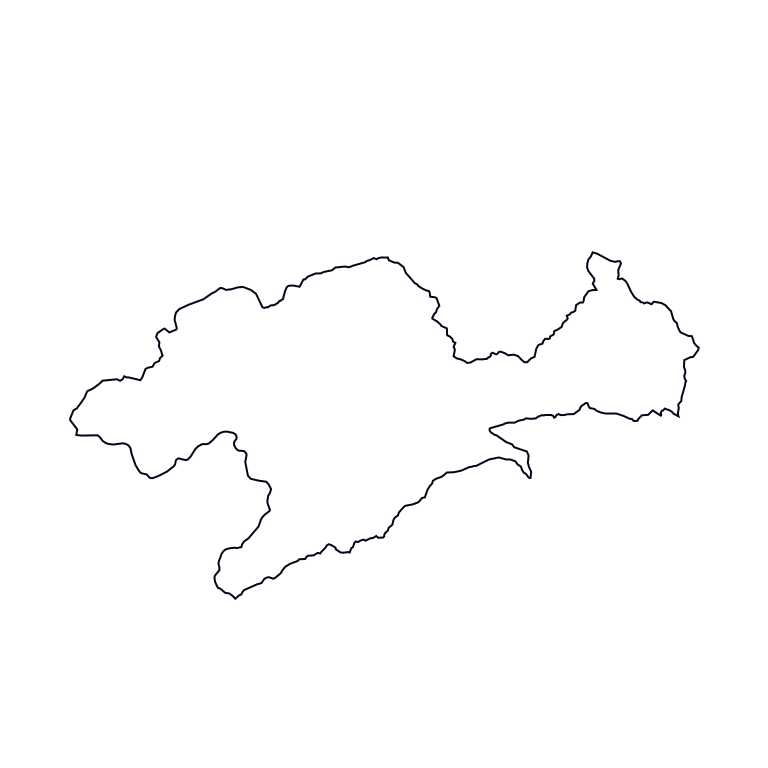 Sephu, Wangdi Phodrang, Bhutan (Mercator projection), rotated 244°
{"feature_id": "84629894B46369829894621", "entity_name": "Sephu", "entity_type": "district", "adm_level": 2, "iso_a3": "BTN", "parent_name": "Bhutan", "parent_adm1": "Wangdi Phodrang", "projection": "mercator", "projection_center": [90.34, 27.763], "detail": "fine", "context": "isolated", "style": "outline", "palette": "ink", "viewbox_px": 768, "rotation_deg": 244, "n_neighbors": 0, "source": "geoboundaries", "source_scale": "gbopen_adm2", "svg_char_len": 6158}
<svg xmlns="http://www.w3.org/2000/svg" viewBox="0 0 768 768"><g transform="rotate(244 384 384)"><path d="M489.1,86.1L477.6,88.4L473.1,85.1L470.3,89.4L463.5,104.0L461.0,105.3L456.1,106.2L453.0,108.0L450.7,110.3L448.3,114.1L445.2,123.2L443.5,125.5L440.9,127.4L437.3,128.0L432.3,126.6L420.1,125.1L412.8,125.8L411.3,126.1L409.7,127.3L406.7,131.1L402.8,132.2L401.7,133.1L400.8,134.8L400.2,140.8L400.4,150.5L402.3,159.3L403.4,161.1L406.3,163.2L407.1,164.5L407.3,166.6L403.1,171.7L402.3,173.0L402.2,174.8L403.6,178.5L408.2,185.8L409.4,189.3L409.7,194.1L407.7,198.2L407.3,200.4L408.7,205.7L411.3,212.1L411.8,215.3L411.4,218.8L410.2,221.7L406.4,226.8L403.6,228.6L400.6,228.2L399.3,227.1L397.7,224.1L396.5,223.2L395.1,222.6L391.6,222.5L388.7,223.5L387.7,224.4L385.1,228.8L382.0,229.8L380.4,229.3L374.7,225.1L361.3,221.5L357.3,222.6L352.2,228.8L347.8,235.3L344.5,236.3L339.0,236.4L336.1,233.7L334.4,231.0L329.8,227.8L328.1,227.1L320.8,226.3L319.9,225.1L318.9,219.7L317.6,216.3L316.3,214.2L310.9,208.8L304.7,194.5L303.8,189.2L302.0,186.1L299.9,184.3L301.2,179.4L302.3,178.1L304.1,173.0L304.7,169.3L304.4,167.1L302.8,163.9L296.9,157.7L295.0,156.4L291.4,155.7L288.8,154.4L286.1,148.4L284.5,146.8L280.5,145.5L276.2,145.3L273.5,145.4L271.8,147.2L265.9,149.7L263.6,153.1L259.4,155.3L256.2,156.2L257.6,161.4L257.4,163.4L259.3,166.0L260.1,168.0L259.6,182.2L258.8,186.5L261.4,191.3L261.4,193.9L260.7,196.0L257.5,199.1L257.5,201.3L259.2,208.3L260.8,210.5L263.0,215.1L263.6,220.4L262.8,228.8L263.6,231.1L261.3,236.4L262.7,238.8L263.0,240.3L260.8,245.7L261.3,250.3L259.6,252.4L260.5,253.8L262.7,259.9L263.9,261.7L264.2,264.1L262.2,266.1L258.1,268.7L256.5,268.2L251.8,271.0L250.3,273.2L248.6,278.2L247.6,279.3L250.8,282.6L251.0,284.6L254.1,287.6L254.9,289.5L253.4,291.3L253.5,295.6L253.0,297.6L251.3,298.6L251.3,303.9L250.4,307.0L250.8,310.4L248.3,311.4L246.4,316.0L247.0,317.4L248.2,318.0L249.5,319.7L250.6,323.2L252.7,325.2L253.8,329.7L257.9,333.2L259.3,335.5L259.7,338.8L262.0,341.1L264.8,347.7L265.2,349.8L263.3,356.6L262.7,362.1L262.9,363.8L264.9,368.3L264.2,371.0L270.1,377.0L272.3,380.7L273.3,383.4L275.6,385.6L276.0,389.2L275.4,394.6L275.7,397.4L276.9,401.6L274.0,408.3L272.3,415.3L271.9,424.6L271.1,426.5L271.0,428.5L270.0,430.8L270.1,445.2L267.7,454.9L262.7,460.6L260.7,464.5L256.9,468.2L253.1,468.8L249.8,470.9L246.5,470.4L243.2,470.7L241.0,472.2L237.0,472.9L235.7,473.6L235.4,474.6L240.7,477.8L245.5,477.9L250.3,478.8L256.2,482.6L260.7,482.8L270.1,473.3L273.5,472.7L278.2,468.4L288.7,462.5L289.7,461.2L293.6,458.9L295.7,458.5L297.6,459.4L297.6,460.8L295.4,473.2L295.4,476.0L294.7,479.0L292.0,484.4L292.0,489.0L290.6,494.5L291.0,496.2L288.0,501.4L286.6,505.3L287.1,508.4L286.7,512.5L285.9,513.4L285.2,515.9L282.9,520.6L281.2,522.1L279.1,522.2L279.2,523.5L280.5,525.4L280.4,527.8L278.6,529.2L277.2,532.1L276.3,535.8L273.8,541.3L275.0,548.3L276.8,550.2L277.7,552.1L278.4,557.1L277.6,558.5L273.6,558.2L272.1,558.5L269.4,562.1L266.6,563.5L263.6,566.1L260.4,570.1L255.5,580.0L250.3,585.3L244.9,589.7L243.9,591.5L241.8,592.0L241.0,592.8L239.8,595.8L241.2,597.6L242.8,602.0L240.5,607.9L242.5,613.9L234.2,618.9L234.5,619.5L236.7,620.1L238.2,622.0L237.9,623.3L238.8,625.6L235.2,629.1L232.8,630.6L230.1,631.4L225.9,634.5L228.0,634.8L233.4,638.5L235.8,639.1L236.8,639.9L238.4,643.8L241.9,645.9L251.0,654.1L253.3,655.5L254.1,656.9L257.0,656.6L260.0,657.6L261.8,659.7L264.4,660.7L267.8,661.1L273.8,664.3L273.8,670.9L272.9,673.9L276.7,681.1L278.9,682.9L280.7,681.8L284.6,680.7L292.0,681.7L293.8,678.6L300.3,673.3L301.3,673.0L306.2,673.0L310.5,673.9L313.7,672.6L315.7,672.5L323.5,673.9L331.5,671.4L335.1,668.9L339.7,662.6L338.4,659.4L341.6,656.7L342.2,655.5L342.4,653.1L344.1,652.2L345.1,650.4L346.7,650.4L349.5,648.3L352.8,647.1L358.7,646.5L367.6,646.7L371.0,646.1L374.5,644.2L375.1,641.3L376.1,640.2L378.8,642.5L383.8,644.5L388.4,649.8L390.8,649.9L391.8,648.3L392.4,645.4L395.4,641.6L407.8,632.6L410.8,629.3L407.8,625.6L406.4,622.4L403.1,619.5L399.6,617.6L396.1,617.2L386.5,619.1L384.3,618.1L382.7,615.6L375.4,616.2L377.1,612.3L377.7,608.3L374.1,601.8L371.3,600.0L370.1,598.4L371.3,595.8L370.7,591.3L366.0,588.0L365.7,585.5L366.1,583.5L365.1,581.2L365.3,578.3L362.5,577.8L361.7,577.1L360.5,571.8L357.4,568.6L356.8,564.4L356.9,560.2L354.1,558.2L353.9,554.2L352.7,553.4L352.2,552.0L354.0,548.5L352.6,545.8L350.8,544.2L351.3,540.7L351.0,539.3L349.0,536.4L342.4,531.2L342.6,527.4L340.8,522.3L341.8,520.0L344.4,518.6L350.1,516.8L353.3,513.8L355.4,508.2L358.3,506.4L362.1,502.9L362.4,500.9L361.4,499.2L361.5,497.8L364.5,495.3L364.2,493.3L362.9,492.6L361.9,490.9L362.2,489.4L361.5,487.7L363.1,483.0L365.7,478.1L365.4,471.2L366.5,467.9L369.1,466.6L372.9,463.4L375.0,460.7L378.4,458.7L383.1,462.3L384.5,462.9L386.9,462.9L389.7,466.2L391.7,464.7L394.6,465.2L397.8,464.0L400.1,462.1L406.4,464.9L411.0,461.0L412.4,461.0L417.0,459.1L421.6,456.1L422.4,456.5L425.1,460.1L425.6,462.1L428.1,464.5L430.0,468.0L438.3,468.9L440.1,467.2L442.2,463.8L446.4,465.2L447.9,465.1L449.7,462.8L453.7,459.8L457.1,457.8L459.5,457.3L460.9,456.0L474.3,452.3L480.7,452.8L486.9,449.6L488.6,446.5L493.1,442.6L496.0,442.9L499.0,436.8L499.6,433.8L499.4,432.0L501.7,430.0L501.6,425.5L502.1,422.6L501.7,420.6L504.0,407.6L504.1,405.1L504.6,403.2L506.7,400.4L510.0,391.4L509.0,387.1L511.1,379.0L511.2,375.5L513.3,371.0L513.9,362.5L512.6,358.8L513.3,357.4L508.4,350.8L512.2,345.7L513.8,342.2L514.0,340.0L513.0,338.2L510.4,335.4L504.6,330.4L504.5,328.3L504.0,327.4L504.5,326.4L503.5,324.6L503.0,320.0L504.3,316.6L503.8,313.3L504.4,312.5L504.7,310.1L506.2,308.4L521.3,308.5L526.9,305.6L532.9,300.0L534.9,295.1L536.1,288.3L537.8,283.3L541.3,280.4L542.1,278.5L540.9,272.8L540.9,268.7L539.3,258.8L540.9,243.2L541.1,232.8L539.4,228.4L536.6,225.9L533.4,223.9L524.7,222.2L524.0,220.9L524.5,213.6L529.9,211.2L530.2,210.2L529.0,202.6L526.2,199.8L519.9,200.4L516.7,198.2L511.9,198.2L506.5,197.4L505.6,194.2L503.3,192.0L503.4,187.0L501.0,183.6L502.1,179.1L502.1,176.3L495.8,169.5L494.2,166.7L501.8,157.5L502.9,155.4L504.8,154.0L502.8,151.0L502.6,148.1L505.3,146.1L510.4,132.4L509.2,129.3L507.5,120.7L507.6,114.1L503.1,108.9L500.0,103.5L496.7,97.1L496.5,93.5L490.8,87.0L489.1,86.1Z" fill="none" stroke="#020617" stroke-width="2"/></g></svg>